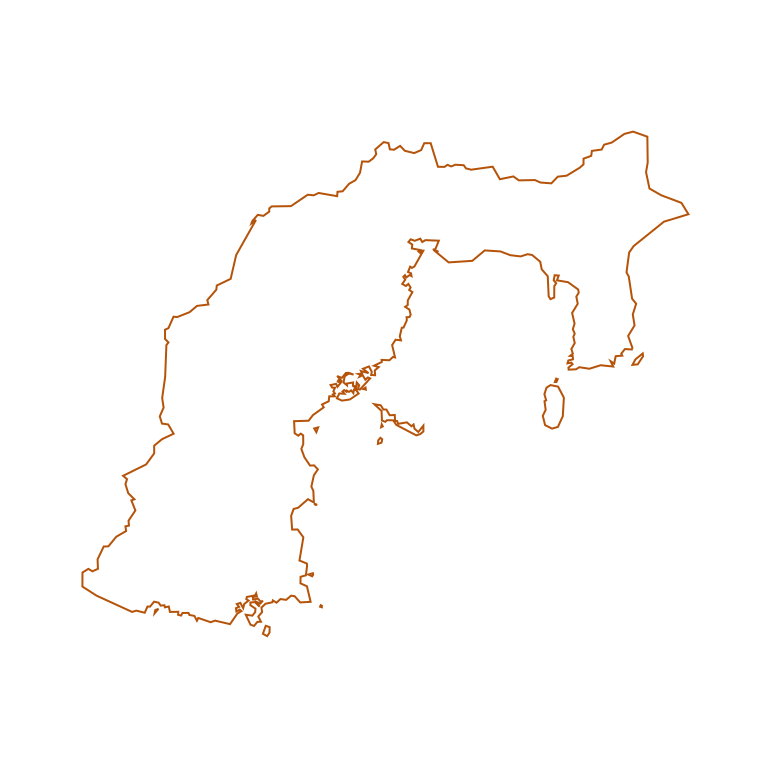 Toli-Toli, Sulawesi Tengah, Indonesia, rotated 175°
{"feature_id": "22746128B86630799177927", "entity_name": "Toli-Toli", "entity_type": "district", "adm_level": 2, "iso_a3": "IDN", "parent_name": "Indonesia", "parent_adm1": "Sulawesi Tengah", "projection": "albers", "projection_center": [120.606, 0.981], "detail": "fine", "context": "isolated", "style": "outline", "palette": "amber", "viewbox_px": 768, "rotation_deg": 175, "n_neighbors": 0, "source": "geoboundaries", "source_scale": "gbopen_adm2", "svg_char_len": 6176}
<svg xmlns="http://www.w3.org/2000/svg" viewBox="0 0 768 768"><g transform="rotate(175 384 384)"><path d="M700.8,222.5L702.1,208.5L688.8,198.2L654.8,178.9L650.5,179.8L642.3,177.0L639.0,182.9L636.5,182.6L632.0,187.2L627.6,185.8L625.8,182.7L622.0,182.7L621.7,180.6L617.8,181.1L617.1,175.6L608.8,175.0L609.2,172.0L606.3,171.0L604.7,173.5L598.7,173.0L598.0,170.9L593.1,169.5L591.0,164.5L589.4,167.1L577.4,161.8L573.0,163.0L558.3,158.2L550.1,168.1L545.8,170.2L547.4,171.8L550.9,170.3L551.0,173.6L547.8,174.6L549.8,177.6L546.2,178.5L543.8,173.0L542.4,177.0L537.8,180.1L539.9,181.7L539.2,183.8L530.8,184.7L529.6,186.6L529.1,183.4L533.3,183.3L533.2,180.7L528.3,181.2L525.7,177.7L523.5,178.7L526.5,176.0L529.9,178.0L527.3,173.0L531.7,178.0L536.1,178.0L536.4,175.3L531.6,171.4L532.2,168.0L535.3,164.7L541.8,166.2L538.0,155.9L534.6,154.3L530.9,158.0L527.3,157.9L529.5,163.4L525.3,167.4L525.6,171.9L521.2,175.4L514.2,176.3L513.6,178.1L510.1,175.5L505.9,178.8L500.3,177.5L495.0,181.2L491.5,180.4L486.5,173.7L476.1,173.4L478.4,189.2L484.6,192.7L483.9,199.2L478.5,200.2L476.5,209.4L476.5,211.9L483.6,215.5L477.7,238.3L482.7,246.6L488.2,247.0L488.0,260.7L484.9,267.4L480.3,268.2L469.8,275.9L464.2,272.1L463.7,283.6L465.3,288.1L461.8,299.2L457.3,304.7L460.7,309.0L464.8,309.2L469.7,318.0L472.0,326.6L469.7,331.0L469.0,339.9L471.2,341.8L473.9,340.0L477.3,342.7L476.8,354.8L462.3,354.0L457.5,359.2L446.1,366.0L447.5,369.0L440.6,371.6L439.6,376.5L434.1,376.0L435.8,378.1L433.7,378.8L435.1,381.1L433.1,384.6L435.9,384.9L437.3,387.6L431.7,388.3L430.6,385.3L427.0,389.0L429.8,390.5L429.1,391.7L425.6,390.1L430.0,396.0L425.4,393.8L421.0,398.3L418.0,398.2L413.5,396.0L418.0,397.5L422.4,395.2L424.2,389.1L421.0,385.9L421.0,387.7L414.7,388.2L415.1,384.9L412.5,384.2L413.8,383.6L412.5,380.9L411.0,387.9L408.8,384.9L410.4,381.2L408.5,380.5L397.3,390.8L399.5,391.9L402.2,389.9L404.5,394.6L407.8,393.4L406.6,395.1L408.7,396.2L404.9,396.4L405.8,398.9L398.5,396.2L403.6,401.0L397.4,402.8L395.1,397.2L396.0,394.1L392.1,393.5L392.0,398.3L387.8,401.3L392.3,403.1L384.3,406.1L384.3,408.2L376.5,407.2L372.7,410.2L370.7,409.5L372.5,422.1L368.6,427.1L363.3,426.0L364.1,430.1L361.4,438.5L359.6,438.5L355.7,445.5L355.7,448.6L352.8,448.4L351.4,450.8L352.2,455.9L356.2,459.0L353.5,460.6L353.0,465.2L347.7,473.1L350.7,475.5L349.1,477.8L351.0,481.6L353.6,479.7L357.1,482.1L353.8,486.0L355.4,489.1L353.6,490.6L352.5,488.2L348.9,490.3L347.2,489.1L347.4,491.9L350.3,493.5L347.7,498.6L346.0,497.2L343.4,498.5L333.2,513.4L335.6,513.8L336.3,511.2L338.2,513.1L336.6,514.4L344.4,516.6L343.7,520.5L347.3,523.3L344.8,525.8L340.9,524.0L335.2,525.6L333.5,522.1L330.2,523.7L316.9,522.0L321.6,512.8L318.1,511.0L321.7,512.4L323.1,514.5L322.6,512.9L309.0,499.5L285.3,499.0L272.0,508.3L256.4,505.9L246.9,501.3L236.8,499.2L229.6,500.8L225.2,499.6L217.7,492.2L216.9,484.5L211.5,477.1L212.3,457.0L210.8,454.0L206.9,455.3L205.8,466.7L203.7,469.4L205.9,472.5L204.5,477.5L200.5,476.8L202.7,472.2L191.8,469.4L182.3,461.2L182.1,457.9L184.8,454.3L184.0,447.1L190.4,438.4L188.9,427.6L191.1,422.1L189.6,417.6L191.3,414.5L190.4,408.2L194.3,402.5L193.2,397.7L196.2,395.8L193.6,395.3L193.6,392.1L198.3,391.4L199.4,388.6L195.5,389.0L194.4,387.3L198.8,384.3L198.8,382.2L191.4,381.9L188.0,383.7L178.1,381.3L166.5,383.8L154.1,381.4L156.2,386.9L152.9,384.3L150.8,391.5L144.2,391.5L145.0,393.5L141.0,397.8L134.1,396.8L133.4,398.3L136.6,410.6L129.3,420.5L130.1,431.6L125.8,442.0L129.4,447.3L130.8,469.8L132.7,474.0L128.3,493.7L123.2,499.7L91.0,521.3L65.9,526.6L71.9,538.5L91.3,547.8L102.5,555.6L104.5,572.2L102.0,581.6L100.1,607.4L113.8,613.7L122.7,612.2L136.0,604.7L143.9,603.2L146.7,598.6L156.6,598.1L157.7,593.2L165.6,591.1L166.1,585.4L170.4,582.3L183.9,575.6L192.8,575.4L199.8,569.3L210.7,571.1L215.8,574.0L231.9,575.1L237.0,579.5L250.7,577.9L256.8,591.0L278.5,589.9L283.6,591.7L285.5,595.0L293.7,596.2L298.2,594.9L301.6,596.8L304.9,595.0L311.3,595.7L316.5,619.8L322.9,620.4L326.6,613.8L333.8,611.4L342.9,614.5L347.2,619.8L353.6,616.5L357.7,617.3L358.5,623.6L363.2,625.0L372.3,618.4L371.7,613.6L375.0,609.8L379.9,606.8L386.4,607.6L389.5,596.5L394.6,589.6L401.3,586.5L408.4,579.6L413.6,579.5L414.3,575.2L432.5,580.0L437.5,578.1L443.5,579.2L461.2,569.3L480.4,570.7L483.0,568.9L483.3,565.7L489.5,562.0L495.0,563.5L500.9,557.9L502.0,555.6L497.3,558.5L520.0,525.4L527.6,502.1L542.0,496.7L542.8,492.6L552.7,483.0L552.0,478.5L563.5,478.1L571.4,472.5L584.2,468.7L587.8,469.4L593.9,458.4L597.4,457.2L598.2,448.0L595.1,444.2L597.4,441.7L601.4,410.1L606.2,389.4L605.6,379.7L610.2,371.3L608.6,363.9L602.5,362.5L597.9,352.8L609.9,348.4L618.3,342.6L619.0,334.9L628.0,324.6L651.9,315.3L648.3,311.6L650.3,306.7L648.3,297.5L642.7,290.9L645.8,290.1L642.7,279.7L650.4,270.1L650.4,265.2L654.0,264.7L653.7,260.0L664.0,255.2L672.7,246.3L677.4,246.5L684.6,234.3L685.1,224.8L690.8,222.8L694.6,225.6L700.8,222.5ZM225.6,352.9L225.2,344.2L228.6,338.4L227.1,329.0L220.5,324.9L214.5,326.1L208.7,336.3L206.0,354.7L210.8,366.2L218.2,368.4L222.4,366.2L225.1,359.9L223.9,353.6L225.6,352.9ZM375.3,342.2L356.3,330.0L352.1,331.0L348.9,333.3L348.4,339.1L354.0,333.2L357.5,336.8L358.1,341.1L360.3,339.5L364.6,343.8L373.3,343.1L374.1,345.9L376.2,346.2L376.0,352.2L381.1,352.4L383.8,358.3L386.9,358.7L389.1,363.1L395.4,364.7L388.8,357.4L389.2,347.8L386.0,346.2L384.2,347.7L378.0,347.0L375.3,342.2ZM429.3,378.5L432.1,373.8L427.3,371.1L419.3,371.6L410.1,376.7L412.1,380.3L414.5,380.9L415.3,377.6L417.3,380.5L419.6,379.2L422.6,381.3L421.3,378.8L424.2,381.4L426.0,380.2L424.2,377.7L429.3,378.5ZM522.9,153.4L526.4,145.7L522.4,143.0L519.7,146.3L519.1,151.8L522.9,153.4ZM123.6,391.9L131.4,386.6L134.8,381.4L129.5,381.5L123.5,389.1L123.6,391.9ZM392.3,330.7L394.7,328.3L395.3,324.9L391.6,325.8L390.6,329.1L392.3,330.7ZM453.4,346.5L457.4,345.8L455.6,341.9L453.4,346.5ZM476.0,200.8L472.3,198.7L471.2,200.1L471.3,201.7L476.0,200.8ZM628.3,179.7L631.6,178.7L632.5,175.5L628.3,179.7ZM213.6,371.1L212.1,370.9L210.5,373.7L212.0,374.4L213.6,371.1ZM389.8,344.0L390.6,341.2L388.9,341.9L389.8,344.0ZM405.0,380.8L402.6,380.0L402.7,382.0L405.0,380.8ZM467.1,167.7L465.4,167.0L465.2,168.5L466.3,169.2L467.1,167.7ZM464.0,270.9L462.7,269.5L461.1,269.5L464.0,270.9Z" fill="none" stroke="#b45309" stroke-width="2"/></g></svg>